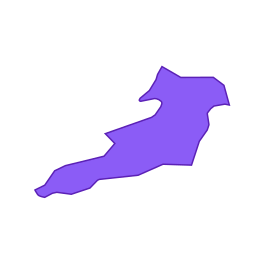 map outline of Hounslow (Equal Earth projection), rotated 168°
{"feature_id": "GBR-2070", "entity_name": "Hounslow", "entity_type": "London Borough", "adm_level": 1, "iso_a3": "GBR", "parent_name": "United Kingdom", "parent_adm1": "", "projection": "equal_earth", "projection_center": [-0.345, 51.455], "detail": "fine", "context": "isolated", "style": "filled", "palette": "violet", "viewbox_px": 256, "rotation_deg": 168, "n_neighbors": 0, "source": "natural_earth", "source_scale": "10m", "svg_char_len": 797}
<svg xmlns="http://www.w3.org/2000/svg" viewBox="0 0 256 256"><g transform="rotate(168 128 128)"><path d="M197.2,75.0L211.0,79.9L215.5,79.9L223.9,77.5L226.5,78.7L228.1,79.6L229.4,80.6L230.2,81.7L231.8,86.1L231.9,86.7L221.3,89.4L208.6,101.4L197.1,104.2L157.3,105.4L144.1,115.6L151.4,127.2L102.8,133.5L98.7,135.2L91.5,142.0L89.9,144.6L89.7,145.3L89.7,146.1L89.8,146.8L90.3,147.5L91.9,149.3L94.1,150.7L96.0,151.3L110.0,151.5L110.9,152.0L111.2,152.6L111.0,153.3L109.9,154.6L99.3,160.2L90.5,169.5L87.9,174.3L82.0,181.0L65.9,166.5L34.0,159.8L25.3,149.8L24.1,129.4L28.3,131.2L39.3,131.6L43.1,129.7L47.2,126.2L47.5,125.4L48.1,114.7L48.4,113.9L50.9,109.6L61.0,100.2L73.6,78.5L101.3,85.3L127.9,79.7L166.8,83.7L168.8,83.2L177.7,77.2L197.2,75.0Z" fill="#8b5cf6" stroke="#5b21b6" stroke-width="1.5"/></g></svg>